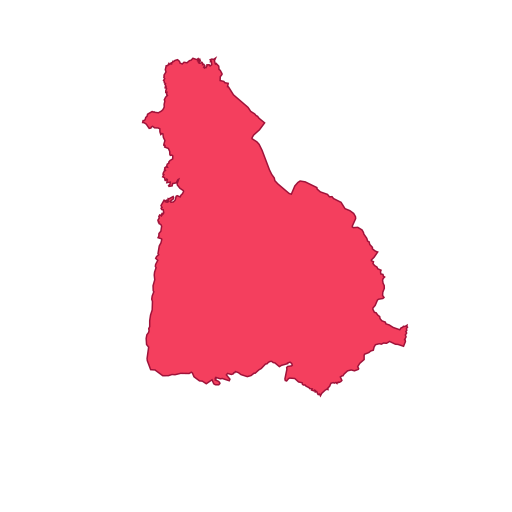 outline of Banyumas, Jawa Tengah, Indonesia, rotated 210°
{"feature_id": "22746128B18933963724988", "entity_name": "Banyumas", "entity_type": "district", "adm_level": 2, "iso_a3": "IDN", "parent_name": "Indonesia", "parent_adm1": "Jawa Tengah", "projection": "natural_earth1", "projection_center": [109.207, -7.455], "detail": "fine", "context": "isolated", "style": "filled", "palette": "rose", "viewbox_px": 512, "rotation_deg": 210, "n_neighbors": 0, "source": "geoboundaries", "source_scale": "gbopen_adm2", "svg_char_len": 6149}
<svg xmlns="http://www.w3.org/2000/svg" viewBox="0 0 512 512"><g transform="rotate(210 256 256)"><path d="M376.4,277.9L374.4,278.1L372.5,276.0L372.1,276.2L371.8,278.0L371.0,277.9L369.9,274.9L367.2,277.1L366.4,275.3L366.9,273.2L366.1,272.8L363.7,274.8L364.4,277.1L361.7,279.4L361.8,283.1L361.3,283.9L360.5,279.4L359.7,278.2L355.7,276.6L351.6,276.3L351.0,275.7L350.8,273.2L351.4,271.1L351.2,269.3L354.4,268.8L355.0,267.8L353.9,264.0L354.6,261.4L356.5,260.0L357.7,260.4L356.2,263.9L356.6,265.5L357.5,266.1L359.9,262.1L360.8,261.8L359.7,260.0L360.6,260.3L361.2,259.8L359.4,258.8L359.8,258.1L361.7,257.7L361.8,258.7L362.4,258.2L363.5,258.4L363.5,252.2L361.6,251.0L362.1,249.9L361.4,249.4L360.7,249.1L359.5,249.7L357.5,247.3L357.4,246.2L358.6,246.1L358.6,244.7L357.9,244.7L357.9,243.4L359.9,243.4L359.9,241.6L358.8,240.6L358.9,238.0L357.5,236.6L357.1,236.9L356.2,235.6L354.1,235.7L352.6,234.6L350.8,230.0L351.3,227.0L350.1,224.6L350.0,222.9L346.3,223.6L345.9,223.2L344.9,220.0L344.8,216.3L342.1,209.1L340.9,208.4L341.8,205.9L341.7,203.8L338.9,203.2L338.7,198.5L338.0,196.7L336.7,195.9L335.8,191.4L334.6,188.6L331.8,184.8L330.3,178.8L327.7,174.6L326.6,173.9L325.9,169.4L324.7,166.5L322.9,164.8L318.9,157.3L317.8,152.1L315.7,146.8L312.7,141.6L312.6,139.5L311.3,137.9L310.8,136.1L311.1,133.1L309.9,129.7L306.5,124.6L303.4,123.4L299.1,112.8L297.8,111.0L290.4,104.9L286.5,106.8L276.9,105.7L272.0,108.6L269.5,111.4L266.8,112.7L262.6,116.7L255.2,120.8L253.9,123.0L252.6,122.9L249.3,120.4L242.5,119.6L239.9,120.8L235.2,120.5L232.2,126.8L228.7,124.2L226.8,124.2L223.9,125.8L223.5,127.5L224.3,128.3L225.9,128.7L229.3,128.3L229.2,129.4L230.0,129.4L230.2,130.0L230.1,130.8L225.5,131.8L223.9,133.1L216.8,134.6L217.0,136.3L222.2,138.2L221.9,140.1L218.1,141.1L216.8,142.6L216.9,143.6L216.0,144.4L216.1,145.6L212.9,146.2L209.7,145.8L203.2,147.2L200.5,150.0L199.1,153.6L198.1,154.1L196.6,158.8L195.2,161.2L193.8,167.1L192.5,168.3L192.2,170.0L191.1,171.7L189.7,172.6L187.8,172.3L186.3,172.9L180.4,171.9L179.3,174.0L174.8,178.6L175.2,179.0L173.5,181.1L171.4,180.8L170.0,179.6L170.2,178.7L173.3,176.2L173.7,174.8L172.6,173.3L169.5,164.0L168.4,162.8L167.0,163.1L166.5,166.1L165.8,167.1L161.2,169.3L156.2,168.2L152.7,169.3L151.6,168.1L150.4,168.0L149.1,168.8L147.7,168.3L144.1,168.5L143.2,168.0L140.9,169.0L140.8,167.7L138.6,168.1L138.3,168.9L137.8,168.5L137.3,169.1L136.6,167.9L135.7,169.0L133.4,167.3L132.8,167.1L131.9,168.2L130.3,167.1L130.4,169.9L129.0,174.5L127.7,176.7L127.5,176.2L126.9,176.3L127.7,177.7L127.1,180.0L127.5,183.2L125.8,185.0L124.7,185.0L123.7,186.3L122.3,186.1L122.6,186.8L121.7,187.1L121.7,187.9L120.6,188.3L119.7,189.8L119.4,191.2L122.5,193.4L121.6,195.2L120.8,195.7L120.7,197.7L119.3,202.3L116.6,204.9L113.3,205.8L110.7,209.0L110.8,209.8L112.6,211.0L112.5,214.9L110.6,220.4L112.7,224.0L112.9,225.2L110.0,228.8L109.2,231.0L107.3,233.1L108.2,236.1L108.2,238.9L105.4,241.7L103.3,242.4L102.0,244.4L99.3,245.7L97.6,248.8L91.2,249.3L88.9,250.4L83.1,251.6L83.8,256.6L84.8,257.9L85.5,257.8L85.6,261.0L87.2,262.3L87.0,264.6L88.5,265.5L88.2,266.9L89.5,268.5L89.2,270.1L90.2,270.5L90.6,271.5L91.7,269.5L93.2,268.8L93.4,267.5L94.4,266.4L94.6,264.0L101.5,262.7L106.2,262.9L109.6,262.2L110.9,263.4L114.6,262.8L117.3,263.8L118.6,265.4L121.0,265.7L123.6,266.9L125.3,266.4L128.3,268.4L128.7,269.5L128.1,272.8L128.8,278.7L128.2,279.9L124.9,282.6L124.4,284.1L126.7,285.2L128.1,288.1L128.7,292.1L130.2,294.5L132.4,296.0L134.3,298.4L134.6,300.2L134.1,302.1L135.6,302.2L136.8,303.5L139.0,302.9L140.3,304.6L140.6,306.2L144.2,305.8L145.7,306.9L148.4,307.0L150.9,307.9L151.4,309.8L153.7,309.6L154.1,310.3L153.1,313.9L152.6,320.3L155.1,319.9L158.8,320.4L159.5,321.7L163.3,322.9L165.1,324.8L166.8,324.7L168.9,326.7L173.6,328.9L174.7,330.1L177.2,331.6L182.2,331.7L185.8,329.3L187.1,329.3L187.6,330.3L188.4,338.2L189.5,339.8L192.7,341.7L197.4,342.2L202.6,341.5L209.2,345.0L217.6,344.5L219.8,345.4L222.0,344.0L224.9,345.1L232.3,343.7L236.5,344.5L237.5,345.7L250.5,344.8L255.3,343.0L256.5,340.6L257.4,336.1L256.3,327.2L258.6,326.7L273.3,329.4L277.4,330.7L279.2,332.7L283.2,334.5L287.4,337.3L303.5,350.5L309.2,354.3L312.3,355.3L318.1,355.6L318.6,356.8L318.5,359.7L316.1,367.0L315.1,375.6L322.3,376.8L324.6,377.8L326.1,377.6L328.2,378.4L332.9,378.6L337.2,380.7L356.1,384.3L364.4,388.7L365.3,388.4L366.4,391.6L369.6,390.5L371.2,391.1L374.8,390.0L376.6,393.4L376.2,396.2L376.6,396.9L379.8,398.9L381.3,399.1L383.2,401.8L386.6,402.8L386.7,402.0L387.3,402.0L389.7,404.4L390.0,407.1L390.9,405.2L392.8,404.4L393.8,403.0L392.9,402.6L392.6,401.6L392.0,402.2L390.0,399.5L390.8,397.6L392.2,398.2L394.1,397.0L393.5,395.9L393.5,394.1L394.3,394.0L394.6,393.0L395.7,393.3L395.4,395.1L396.9,395.8L397.9,395.0L398.3,396.1L399.8,396.7L400.2,395.5L401.4,394.6L402.4,394.7L401.7,397.1L403.0,398.2L403.2,396.1L403.9,395.8L404.0,397.7L404.8,398.1L405.3,396.5L409.5,395.7L410.1,393.1L411.3,391.9L412.4,388.8L415.2,387.8L415.9,385.4L418.2,385.1L419.6,386.3L422.1,386.8L424.0,384.8L424.6,383.2L425.3,383.1L425.2,381.6L425.9,381.0L425.3,380.1L426.1,380.0L426.7,378.3L426.8,379.1L427.3,378.2L427.7,378.7L427.7,376.7L428.9,375.9L427.7,372.0L426.0,370.4L426.1,366.6L425.3,365.8L425.3,364.8L423.7,363.9L423.9,361.8L422.9,361.5L422.0,360.2L420.6,360.0L420.7,359.1L419.5,358.6L418.9,356.5L418.2,357.2L417.8,356.2L417.1,356.1L416.8,354.1L416.0,352.6L415.0,353.2L414.9,352.1L414.0,351.6L413.9,350.9L413.0,350.7L413.7,348.4L413.5,345.4L412.4,344.6L411.4,341.4L409.9,339.0L409.8,336.1L410.4,334.2L412.2,331.2L415.6,329.8L416.4,329.9L416.8,329.3L418.2,329.2L420.8,324.6L420.2,322.4L420.8,320.9L420.2,318.7L420.6,317.4L421.5,316.8L420.9,314.9L419.4,315.5L416.9,315.3L412.3,313.1L411.0,314.3L411.1,315.5L410.4,316.6L407.9,316.3L404.9,317.9L402.9,318.1L401.3,315.5L399.2,313.6L398.8,315.0L397.7,315.2L395.5,312.4L392.6,310.4L391.6,306.5L391.1,305.8L390.5,306.3L389.8,305.8L389.5,304.7L385.7,305.3L383.1,303.5L381.4,300.9L380.5,300.3L379.4,301.3L378.1,301.1L376.7,298.4L378.2,295.7L378.5,293.8L377.9,293.0L378.8,291.1L378.3,289.3L377.1,288.6L378.7,287.9L379.1,286.6L378.2,285.6L378.3,284.8L377.3,284.7L377.9,283.4L377.8,281.4L377.4,280.3L376.5,280.4L376.4,277.9Z" fill="#f43f5e" stroke="#9f1239" stroke-width="1.5"/></g></svg>